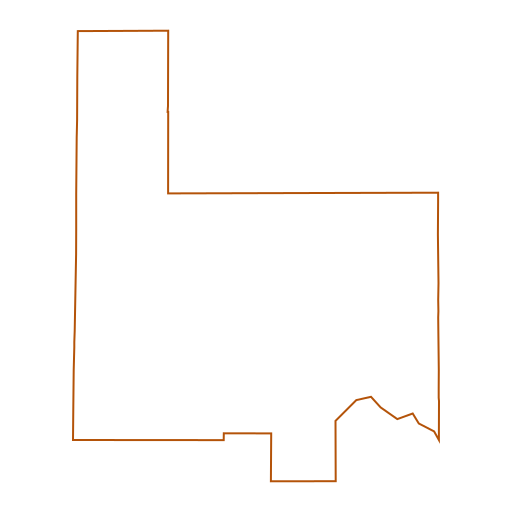 outline of Bonner, Idaho, United States of America
{"feature_id": "52423323B26002580229088", "entity_name": "Bonner", "entity_type": "district", "adm_level": 2, "iso_a3": "USA", "parent_name": "United States of America", "parent_adm1": "Idaho", "projection": "equal_earth", "projection_center": [-116.598, 48.369], "detail": "fine", "context": "isolated", "style": "outline", "palette": "amber", "viewbox_px": 512, "rotation_deg": 0, "n_neighbors": 0, "source": "geoboundaries", "source_scale": "gbopen_adm2", "svg_char_len": 797}
<svg xmlns="http://www.w3.org/2000/svg" viewBox="0 0 512 512"><path d="M438.3,327.3L438.2,317.3L438.4,311.4L438.2,299.8L438.5,283.2L437.9,234.4L438.1,202.6L438.1,192.7L168.1,193.4L168.2,111.9L167.6,111.9L168.0,106.1L168.2,30.7L77.8,31.1L77.3,76.4L77.1,120.0L76.8,133.3L76.7,136.9L76.2,193.7L76.2,226.5L76.2,229.8L76.2,230.0L76.1,254.2L76.1,254.4L74.7,331.1L74.3,342.2L74.3,342.4L74.3,343.8L74.3,344.2L74.3,345.2L74.3,345.6L74.3,347.2L73.7,370.3L73.5,388.9L73.3,407.8L73.0,440.0L199.8,440.1L223.7,440.1L223.8,433.3L271.2,433.4L270.9,481.3L335.7,481.2L335.5,420.9L356.3,400.1L371.0,396.8L380.6,407.4L397.3,419.1L412.7,413.5L418.8,423.5L434.1,431.4L438.9,440.0L438.9,429.4L439.0,401.0L438.7,397.9L438.7,392.9L438.7,387.5L438.8,370.4L438.3,327.3Z" fill="none" stroke="#b45309" stroke-width="2"/></svg>